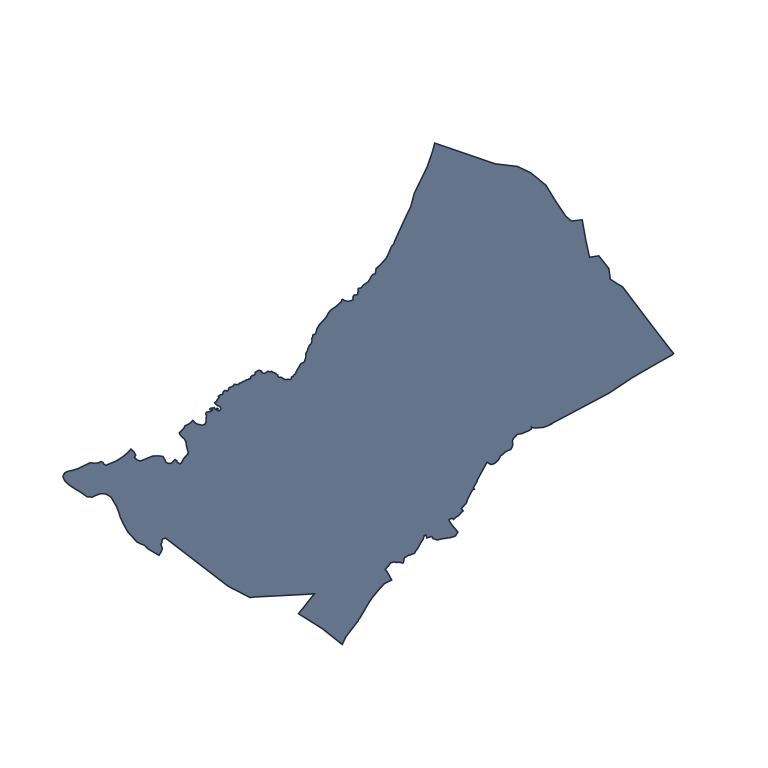 the district of Kota Banjar Baru, Kalimantan Selatan, Indonesia, rotated 117°
{"feature_id": "22746128B6711072078761", "entity_name": "Kota Banjar Baru", "entity_type": "district", "adm_level": 2, "iso_a3": "IDN", "parent_name": "Indonesia", "parent_adm1": "Kalimantan Selatan", "projection": "albers", "projection_center": [114.83, -3.484], "detail": "fine", "context": "isolated", "style": "filled", "palette": "slate", "viewbox_px": 768, "rotation_deg": 117, "n_neighbors": 0, "source": "geoboundaries", "source_scale": "gbopen_adm2", "svg_char_len": 6147}
<svg xmlns="http://www.w3.org/2000/svg" viewBox="0 0 768 768"><g transform="rotate(117 384 384)"><path d="M146.3,448.2L154.6,446.4L171.3,444.1L200.3,443.6L213.8,440.7L226.0,440.5L251.1,439.4L252.7,439.3L253.9,438.9L256.0,439.1L256.9,439.5L258.6,439.7L268.8,439.1L270.8,439.1L279.4,441.4L284.9,443.5L287.5,442.5L289.8,441.9L291.1,443.5L293.2,444.2L294.8,444.2L299.4,444.4L300.4,444.6L304.7,447.1L306.5,447.6L307.7,447.7L308.8,448.1L309.5,449.0L310.0,449.9L310.5,450.2L311.0,450.3L311.5,450.1L312.8,449.1L313.8,449.1L314.2,449.0L314.8,448.5L315.4,448.3L316.9,448.6L317.6,449.6L317.9,450.6L318.4,451.1L320.1,451.2L321.4,450.9L322.1,450.2L322.8,449.9L323.8,450.4L326.4,453.0L327.1,455.0L327.6,457.2L327.3,458.6L327.4,459.6L327.9,459.8L328.5,459.7L329.0,459.4L330.0,459.4L336.6,461.9L341.4,464.6L343.1,465.2L344.4,465.5L346.0,465.8L348.9,465.8L351.2,466.0L356.7,467.4L358.1,467.9L360.3,468.5L362.2,468.7L365.5,468.9L367.0,468.4L369.5,467.9L370.3,467.9L371.5,468.8L371.9,469.3L372.6,469.6L373.4,469.5L373.9,469.1L374.6,468.9L375.2,469.0L376.6,469.0L378.3,467.7L381.1,467.2L383.6,468.0L387.2,467.9L388.2,467.5L389.4,467.4L392.0,467.6L392.9,467.3L394.3,466.4L395.9,465.8L399.8,465.1L401.8,465.6L402.4,466.4L403.2,467.1L404.6,467.5L408.9,467.6L412.8,467.9L414.5,467.5L415.6,467.8L417.1,468.5L418.6,468.5L419.4,469.4L419.9,469.6L420.4,469.4L420.7,469.1L422.0,469.1L422.4,469.3L423.7,472.3L424.3,472.9L424.6,473.8L424.9,474.0L425.1,474.9L424.6,478.5L425.7,480.8L425.5,481.9L424.2,482.7L424.3,483.8L423.8,484.8L423.7,487.5L424.2,488.3L423.7,489.6L423.7,490.0L424.7,490.8L425.3,493.3L426.7,494.0L427.7,494.2L428.4,495.0L429.1,496.2L429.4,498.5L429.1,498.7L428.8,498.5L428.1,498.7L428.3,499.6L428.2,500.8L428.8,502.0L429.9,502.8L432.2,504.1L433.7,503.4L434.2,503.4L435.6,504.3L436.0,505.1L436.5,505.4L436.9,505.5L438.3,506.1L439.7,505.2L440.1,505.4L440.3,506.3L441.0,506.9L441.5,506.9L442.5,508.2L443.1,508.8L443.4,508.7L444.3,509.1L445.1,510.2L446.1,510.9L447.8,511.8L448.7,513.1L449.0,513.2L449.6,513.2L450.5,513.7L451.2,514.6L451.8,516.0L451.9,516.9L452.4,517.3L453.6,517.3L454.0,517.4L455.1,518.2L456.3,518.7L456.9,519.9L457.3,520.2L457.8,520.3L460.7,520.1L461.3,520.3L461.6,520.8L461.7,522.2L461.9,522.8L463.4,523.6L464.4,523.7L466.0,523.2L466.5,523.2L467.1,523.7L468.2,525.1L469.2,525.0L469.5,525.1L469.9,526.1L470.0,526.1L470.4,526.0L470.9,524.9L471.2,524.8L473.4,525.5L475.3,525.4L476.3,525.6L476.6,526.0L477.5,526.5L478.1,525.5L478.5,524.2L478.8,522.6L478.6,520.5L479.0,519.1L479.8,518.4L480.6,518.1L481.2,518.1L482.2,518.3L483.1,519.3L483.2,520.5L483.0,520.8L482.7,520.9L482.0,520.4L481.5,520.5L481.2,520.8L481.3,521.2L481.4,521.8L482.3,522.0L483.0,522.4L483.2,522.8L483.0,523.3L482.0,524.4L482.2,524.8L483.2,525.5L483.4,526.2L484.0,527.3L484.6,527.6L485.2,527.8L485.6,527.7L485.8,527.3L485.3,525.1L486.1,525.3L487.9,526.7L488.4,527.3L489.3,529.2L489.9,529.4L490.6,529.5L491.4,529.2L491.9,528.9L492.6,527.9L493.2,527.6L495.4,527.0L496.8,526.1L498.1,525.6L499.1,525.3L500.8,525.3L501.7,525.9L502.9,526.9L503.3,527.4L504.4,531.8L504.5,533.3L504.4,534.2L503.2,537.8L507.1,539.0L509.0,540.3L511.6,542.4L514.2,542.3L515.4,542.5L518.5,543.6L519.7,544.1L520.7,544.2L522.2,541.8L523.2,538.9L523.6,536.7L525.7,534.1L529.9,531.1L534.0,527.2L536.7,527.3L539.8,528.3L542.0,528.7L546.1,528.7L547.8,529.5L547.8,530.6L547.6,532.5L546.5,533.6L546.1,535.9L550.9,537.5L552.0,538.6L552.8,541.3L552.4,543.3L550.9,544.8L548.9,548.1L550.3,552.1L553.1,557.3L563.0,565.9L563.9,569.0L562.8,572.9L560.1,572.9L558.1,575.8L556.8,579.9L562.0,581.4L567.1,583.5L572.6,586.7L574.8,588.2L582.6,594.8L582.6,596.9L581.5,598.6L581.5,601.0L583.5,602.3L585.0,604.1L586.2,606.4L587.5,610.1L598.5,618.4L602.2,622.3L605.9,626.6L608.1,628.1L612.0,628.2L613.3,627.0L615.4,624.1L616.9,619.0L617.7,612.1L618.2,604.8L619.3,597.3L617.2,592.4L614.9,590.9L610.4,586.8L608.4,582.3L608.4,577.9L609.2,575.1L614.3,567.2L618.3,562.5L622.0,559.0L626.9,552.9L632.3,544.8L634.7,538.2L636.9,532.6L636.9,528.4L636.5,524.0L638.1,519.3L638.8,506.7L635.1,506.4L633.0,506.5L632.2,506.6L630.4,507.4L629.2,509.0L628.2,509.9L626.0,509.9L623.7,510.9L622.9,510.9L622.4,510.7L621.3,509.3L620.5,508.8L635.0,430.9L635.1,406.4L632.8,403.0L607.2,358.6L602.6,350.8L614.2,353.2L620.2,354.3L623.6,355.2L627.5,355.9L629.2,336.7L630.1,327.5L635.1,302.9L626.6,303.2L608.3,299.8L607.0,299.4L605.7,299.7L603.2,299.2L585.9,298.2L579.4,297.4L568.6,295.0L562.4,293.2L560.9,292.5L559.8,291.7L555.2,288.1L549.9,295.8L548.7,298.7L544.7,297.7L544.2,297.2L543.6,297.4L540.3,296.9L540.0,296.8L539.6,296.0L538.4,294.8L537.7,293.4L537.4,291.6L536.8,291.3L536.2,289.8L535.7,288.9L535.2,286.4L535.0,285.9L534.6,285.7L533.3,285.9L530.1,286.9L529.4,286.7L524.8,284.0L524.8,283.2L522.4,281.5L521.8,280.5L520.7,279.9L520.2,279.9L518.8,280.0L515.4,279.3L508.0,279.1L504.5,278.6L500.8,279.3L499.9,278.6L499.5,278.1L501.8,275.9L498.4,272.6L498.1,272.0L499.3,270.6L499.6,269.9L499.5,269.4L499.0,268.4L499.1,267.1L498.5,265.1L497.2,264.0L496.1,262.6L490.5,254.8L488.1,252.3L486.7,251.2L485.2,251.3L482.7,250.8L482.4,251.0L480.8,254.4L479.1,258.9L477.1,262.4L475.5,264.5L474.7,264.1L473.0,262.6L472.6,262.1L472.6,261.7L473.2,260.7L469.0,259.0L468.8,258.6L467.3,257.7L464.9,257.2L462.1,256.3L461.1,255.8L459.9,258.6L452.9,256.6L451.4,256.7L448.7,257.2L438.5,257.1L437.8,256.9L436.8,255.7L435.8,257.2L428.4,256.9L428.3,257.3L407.0,256.7L407.2,252.7L407.0,251.9L406.5,251.1L405.7,250.6L405.4,250.0L404.4,249.3L401.7,248.2L398.1,247.3L395.9,247.7L390.9,245.5L389.1,244.9L386.6,243.0L384.9,241.3L383.0,241.2L380.0,241.5L377.1,243.3L375.6,243.9L375.0,243.8L374.4,244.1L373.9,244.1L373.0,243.7L368.1,242.2L365.9,238.9L360.2,234.0L357.4,232.3L356.4,232.4L355.8,232.7L355.4,233.1L355.2,230.6L354.9,229.8L350.4,222.4L347.4,219.5L343.9,216.7L343.8,217.1L289.9,179.3L263.8,164.6L263.9,164.4L261.2,162.8L240.0,149.0L227.0,140.3L225.3,139.8L222.9,145.3L209.4,173.7L189.1,215.6L188.7,222.1L187.9,229.9L179.4,235.8L179.2,235.8L172.3,250.8L177.7,258.4L164.7,269.1L147.7,281.9L153.7,291.0L152.0,298.2L143.4,313.6L141.6,316.5L140.9,318.1L140.7,318.1L133.4,329.9L129.2,349.1L129.6,364.0L137.4,385.0L146.3,448.2Z" fill="#64748b" stroke="#1e293b" stroke-width="1.5"/></g></svg>